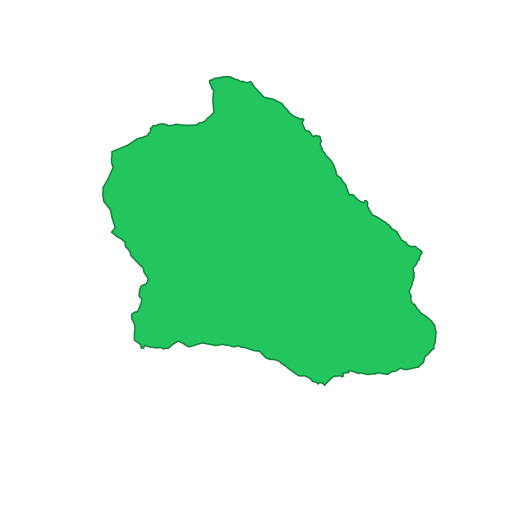 Bucium, Alba, Romania, rotated 241°
{"feature_id": "2599482B42825543751910", "entity_name": "Bucium", "entity_type": "district", "adm_level": 2, "iso_a3": "ROU", "parent_name": "Romania", "parent_adm1": "Alba", "projection": "equal_earth", "projection_center": [23.162, 46.26], "detail": "fine", "context": "isolated", "style": "filled", "palette": "green", "viewbox_px": 512, "rotation_deg": 241, "n_neighbors": 0, "source": "geoboundaries", "source_scale": "gbopen_adm2", "svg_char_len": 6138}
<svg xmlns="http://www.w3.org/2000/svg" viewBox="0 0 512 512"><g transform="rotate(241 256 256)"><path d="M410.6,336.1L411.3,335.6L411.4,335.0L411.3,333.8L412.7,331.3L414.1,329.8L414.9,329.5L415.4,328.8L415.7,327.5L417.1,326.4L418.1,326.1L419.3,325.0L419.9,324.1L420.5,323.7L420.9,323.0L422.7,322.1L425.2,320.3L427.4,316.9L428.0,314.9L429.0,313.4L429.6,310.1L431.1,307.2L431.5,304.9L431.4,303.2L431.0,302.5L431.5,302.2L432.0,300.7L431.7,300.2L430.2,299.6L424.7,299.0L423.9,298.6L420.7,299.4L419.2,297.6L417.4,296.6L414.7,294.6L404.7,289.9L401.6,288.6L401.6,286.8L401.0,285.4L400.3,283.5L400.0,280.6L399.6,279.0L398.7,277.6L398.8,276.2L398.7,275.9L398.8,275.4L398.9,274.2L398.8,273.7L398.8,273.3L399.6,272.2L399.9,271.5L399.9,270.9L399.6,269.3L399.6,267.7L400.1,266.2L400.5,265.5L400.9,264.2L401.3,263.6L401.9,262.8L402.6,260.8L404.0,258.9L405.1,257.0L406.5,254.5L407.1,253.7L408.2,252.4L408.9,251.6L410.1,249.6L410.3,248.8L410.5,247.1L411.4,245.4L411.8,243.8L412.3,242.8L412.8,242.3L415.3,240.4L417.3,237.5L418.3,234.9L418.5,231.8L419.8,229.1L419.2,227.9L418.7,225.4L417.1,225.0L415.3,223.0L415.4,221.3L414.0,219.9L414.2,217.9L414.6,216.7L414.5,214.9L414.7,214.5L414.5,214.3L415.3,212.8L416.1,208.4L415.0,198.4L417.0,180.5L413.2,178.5L410.6,176.4L407.3,174.9L402.6,173.9L394.9,163.6L390.1,155.6L383.6,151.6L377.5,149.4L366.5,151.1L360.3,148.9L349.1,146.6L346.8,141.2L340.2,143.9L338.1,145.4L335.4,146.7L331.8,148.1L327.3,146.4L325.8,147.0L323.3,147.6L320.5,147.7L316.8,146.9L303.7,150.3L303.4,150.6L301.4,151.2L298.9,151.4L296.4,150.2L289.2,150.7L287.7,150.2L286.3,148.8L284.9,146.1L285.4,141.5L284.9,140.3L283.4,138.5L282.1,137.4L279.7,135.6L277.8,134.4L277.2,134.3L274.2,135.4L271.1,133.3L265.6,126.8L264.8,124.6L265.7,123.1L265.3,119.5L265.0,118.9L264.2,118.3L262.0,117.4L260.4,116.9L256.6,116.7L254.3,116.3L250.8,114.8L247.4,112.1L241.4,108.9L234.3,112.2L231.9,111.2L231.0,111.2L230.4,111.8L230.1,112.7L230.4,113.7L231.6,114.9L231.6,115.7L229.6,117.2L227.7,119.3L223.3,125.4L223.0,126.1L222.9,127.5L222.7,128.0L220.4,129.3L219.5,130.5L218.9,132.0L218.7,133.3L217.8,134.4L218.7,139.1L219.1,140.5L219.2,146.4L218.6,147.2L215.2,149.7L211.0,151.9L209.7,152.8L208.9,153.7L207.7,159.0L206.5,164.9L205.6,167.5L203.1,170.3L202.3,171.5L199.4,174.7L197.6,177.0L197.1,177.4L197.3,177.8L196.9,178.6L196.0,180.6L195.2,183.5L193.2,185.8L192.2,186.9L191.4,188.6L190.3,189.7L189.0,190.6L188.3,191.4L187.6,192.5L187.0,193.1L186.5,194.0L186.6,195.8L186.4,196.3L186.1,196.7L185.3,197.6L184.6,198.2L183.7,198.7L183.0,199.7L182.4,200.3L181.3,202.0L174.8,207.7L172.6,210.5L171.6,212.4L170.6,213.0L169.2,213.5L168.1,213.7L166.4,214.2L165.4,214.4L163.9,214.7L161.6,215.6L158.8,218.0L158.3,219.0L157.3,220.7L155.3,223.2L153.2,224.9L152.2,225.5L151.5,225.8L150.7,225.9L149.7,226.3L145.1,228.7L142.5,229.6L138.4,231.4L135.5,232.9L134.7,233.2L132.1,234.5L130.4,235.4L127.7,240.3L126.5,241.5L125.0,242.5L122.2,244.2L120.0,244.4L119.1,244.6L118.7,244.9L118.2,245.4L117.6,246.3L116.8,247.0L116.0,247.5L114.0,248.3L114.4,250.1L113.3,251.8L111.9,252.9L109.7,253.2L112.0,260.7L112.5,262.7L112.9,265.0L112.7,266.5L112.4,267.2L111.7,268.5L111.2,269.6L110.4,271.9L108.8,272.3L108.5,274.3L111.7,275.0L110.6,276.8L110.0,278.8L109.1,280.7L109.2,280.8L109.8,280.9L110.5,281.1L110.1,282.3L109.0,284.1L103.3,288.9L103.6,290.3L100.3,293.9L98.2,296.2L96.4,300.8L95.5,302.2L94.8,303.3L94.9,305.0L93.4,308.0L92.5,308.8L90.8,310.8L89.0,313.3L88.6,314.3L89.1,318.2L87.5,323.0L87.9,327.8L83.8,332.2L80.0,344.8L80.5,345.1L80.9,345.8L81.1,348.1L81.4,349.7L81.6,350.4L83.0,352.1L85.7,354.6L86.2,356.4L86.7,359.0L88.7,364.7L88.8,366.9L90.5,367.4L92.0,368.7L92.5,369.6L93.3,370.6L95.2,371.8L97.5,373.5L99.5,374.7L101.5,376.1L102.1,376.6L102.6,376.9L105.2,377.3L106.0,377.5L108.0,378.5L108.9,378.5L113.7,377.9L115.9,377.4L120.7,375.4L122.6,374.4L127.3,372.2L128.7,372.2L132.4,371.3L135.5,371.4L136.2,371.3L137.2,370.8L137.6,370.4L138.3,370.0L139.0,369.8L140.1,369.7L140.9,369.6L141.5,369.7L142.4,370.1L143.8,370.7L144.1,370.9L145.0,371.8L145.6,372.1L146.5,372.4L147.2,372.5L148.8,372.3L150.6,372.9L151.3,373.4L152.1,374.7L154.5,377.4L155.4,378.8L156.2,379.3L157.3,380.1L157.8,380.7L158.7,382.1L160.0,383.0L160.4,383.6L161.0,384.3L161.4,384.5L161.7,384.4L162.0,384.0L162.2,383.9L162.5,384.0L163.0,384.8L163.6,385.5L164.4,386.0L168.3,386.9L168.9,387.1L169.3,387.4L169.6,388.2L169.8,389.1L170.4,390.7L171.3,392.6L171.9,393.4L172.8,394.4L173.4,395.6L173.6,396.6L175.0,398.3L176.0,399.0L176.7,399.6L177.2,400.3L177.5,401.3L178.4,402.8L179.7,403.1L184.4,400.9L186.6,400.2L187.7,399.4L188.0,398.2L188.4,397.2L189.4,395.9L190.1,395.2L191.6,394.2L192.5,393.9L195.1,393.8L196.9,392.7L197.5,392.1L198.4,391.5L199.5,391.1L202.4,391.1L206.1,390.9L207.7,391.1L209.1,391.0L209.9,390.3L212.2,389.4L213.2,388.1L214.2,388.0L215.2,388.0L216.4,387.5L217.5,387.4L218.3,387.5L219.4,386.9L220.0,386.4L223.5,385.3L224.1,384.6L227.9,382.7L232.3,380.2L235.8,377.6L241.8,377.5L246.3,377.7L247.5,379.1L249.1,379.5L250.3,379.5L251.0,379.0L251.5,378.4L251.4,377.7L250.9,377.3L250.7,376.3L251.2,375.4L252.8,373.9L254.0,373.2L255.9,372.4L260.0,371.2L261.7,370.9L262.9,370.1L264.0,368.3L264.1,367.2L272.6,368.4L274.2,369.0L275.8,368.8L278.9,368.0L283.2,368.0L285.8,366.6L287.5,366.0L289.5,366.3L290.9,366.9L298.4,368.2L303.5,367.7L308.1,366.5L311.1,365.9L313.0,366.1L315.0,365.3L315.7,365.2L316.7,365.4L317.8,365.9L318.4,366.0L319.9,365.8L320.9,366.0L321.9,366.4L322.6,366.4L323.6,366.9L324.1,368.1L324.4,368.4L325.1,368.8L325.7,369.0L327.3,369.1L328.0,369.6L329.3,369.8L330.2,369.4L330.4,369.1L330.9,367.9L331.6,367.6L331.9,367.3L332.4,366.5L332.5,365.6L332.3,364.7L332.3,364.4L332.6,364.0L333.0,363.7L334.0,363.6L334.5,363.3L335.0,363.2L335.8,363.4L336.4,363.4L338.6,363.1L339.8,362.6L340.3,362.1L340.5,361.5L341.0,360.7L341.7,360.4L343.1,360.2L349.9,360.8L350.2,361.0L351.2,362.5L351.8,363.7L352.0,363.9L352.9,363.6L353.9,362.6L354.1,362.1L354.0,361.6L354.0,361.2L356.1,359.9L358.7,357.7L360.8,356.4L363.6,355.2L364.9,354.8L368.5,354.2L372.1,353.3L373.9,352.9L375.5,352.8L376.6,352.6L384.3,347.5L391.0,340.0L393.4,339.3L395.1,339.1L403.9,336.6L410.6,336.1Z" fill="#22c55e" stroke="#15803d" stroke-width="1.5"/></g></svg>